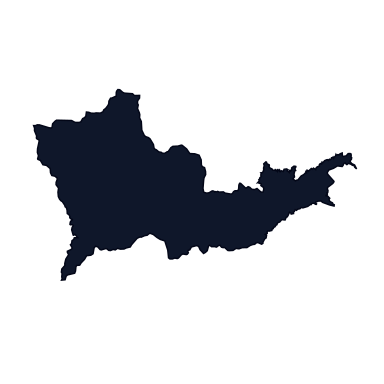 outline of Tadó, Chocó, Colombia, rotated 184°
{"feature_id": "7082276B86904559809659", "entity_name": "Tadó", "entity_type": "district", "adm_level": 2, "iso_a3": "COL", "parent_name": "Colombia", "parent_adm1": "Chocó", "projection": "albers", "projection_center": [-76.438, 5.267], "detail": "fine", "context": "isolated", "style": "filled", "palette": "ink", "viewbox_px": 384, "rotation_deg": 184, "n_neighbors": 0, "source": "geoboundaries", "source_scale": "gbopen_adm2", "svg_char_len": 6014}
<svg xmlns="http://www.w3.org/2000/svg" viewBox="0 0 384 384"><g transform="rotate(184 192 192)"><path d="M316.0,95.0L312.5,95.6L311.7,99.2L310.4,100.6L303.4,102.8L302.7,105.0L302.6,109.2L302.2,110.3L301.9,110.7L298.9,111.2L297.7,113.5L294.5,117.4L292.7,121.1L288.5,121.9L286.4,123.5L285.8,129.4L284.4,131.2L282.2,130.7L279.7,128.2L278.5,127.9L274.2,129.5L272.9,129.4L271.1,128.0L269.3,127.9L266.7,129.2L264.5,128.9L262.4,130.6L259.6,130.0L255.8,130.4L253.7,131.6L249.7,132.9L248.7,135.1L243.5,142.0L240.8,143.5L239.5,143.4L236.3,145.1L233.6,145.8L232.2,147.3L230.9,147.9L227.6,146.9L223.7,144.2L220.4,142.5L215.7,141.3L212.1,132.3L210.8,124.7L209.4,123.7L206.8,123.9L204.6,124.9L202.1,124.6L200.9,125.2L198.3,128.6L196.9,129.5L193.3,129.2L192.4,129.6L191.4,131.1L192.0,132.2L191.9,133.4L190.2,134.1L188.8,137.1L184.2,138.7L182.9,138.8L181.4,137.9L179.9,135.0L176.2,131.5L174.4,132.7L172.7,134.5L171.9,138.6L171.4,139.8L170.8,140.2L168.6,138.8L165.7,139.1L164.2,138.8L163.6,138.8L162.0,140.3L160.4,140.9L158.7,139.0L157.2,138.7L155.5,138.9L152.2,136.2L150.9,136.1L147.0,136.6L144.2,138.8L141.2,138.6L138.0,140.0L133.3,140.4L130.3,142.7L127.6,143.9L126.2,144.1L125.1,144.8L124.8,145.5L122.8,146.2L118.9,144.8L117.7,145.7L117.7,147.0L116.8,149.0L116.1,150.4L114.9,151.3L114.6,154.0L115.9,154.8L114.1,155.9L114.3,157.7L113.7,158.4L112.1,158.4L109.7,159.2L109.3,161.0L108.5,161.1L108.0,162.5L106.9,163.0L105.8,164.9L105.0,165.3L104.6,167.1L102.3,168.3L100.6,170.7L97.2,170.6L96.3,173.3L95.2,173.9L94.4,175.6L93.4,178.6L91.8,177.7L91.5,176.9L89.2,177.6L89.4,179.1L88.6,179.7L87.8,181.6L86.5,181.0L85.4,182.2L83.2,182.8L82.0,184.2L80.3,183.9L75.5,185.7L73.3,187.6L72.2,187.8L72.1,188.5L71.2,189.1L69.2,189.3L68.2,188.4L67.2,188.3L66.9,188.8L68.0,189.9L67.9,190.6L65.2,191.8L62.6,192.0L61.1,190.8L53.9,188.7L49.3,187.9L49.2,189.2L50.5,189.7L51.1,191.0L53.9,192.2L54.9,194.6L54.2,195.4L56.5,197.5L58.0,197.6L57.9,198.3L57.0,198.6L56.8,199.6L57.4,200.5L56.5,201.2L56.5,203.2L57.2,204.3L57.0,206.1L52.1,210.4L51.1,212.1L51.2,212.6L58.0,219.3L58.4,220.9L57.0,223.5L52.5,225.5L48.7,228.2L44.0,227.9L43.2,229.0L42.6,230.8L41.4,231.9L39.8,230.2L39.3,230.2L38.0,231.5L35.4,230.8L33.8,229.8L32.3,229.8L31.4,228.1L29.4,226.5L31.7,230.3L34.7,231.5L36.4,233.4L36.1,234.7L35.3,235.6L35.1,237.4L36.0,238.2L35.7,239.1L36.0,241.0L36.9,241.4L38.9,241.2L40.7,238.8L43.7,238.0L44.5,238.7L44.9,241.4L47.0,240.4L48.0,239.2L49.0,239.5L50.5,238.8L51.0,239.5L51.4,237.8L52.8,236.4L53.0,235.6L53.7,236.7L54.0,236.2L55.2,235.9L55.2,235.1L56.4,233.9L57.2,234.3L58.2,233.0L58.8,233.7L59.8,233.6L61.9,232.5L63.2,230.6L64.4,230.9L64.6,229.1L65.4,229.5L66.3,229.0L66.9,228.0L66.8,226.7L68.9,225.8L70.0,224.4L70.2,223.0L72.5,224.3L73.5,223.1L74.6,223.8L77.5,220.7L77.8,221.4L78.7,221.8L78.8,221.2L79.9,220.6L79.2,219.1L80.1,219.1L81.7,217.2L84.2,215.6L87.3,211.2L88.1,211.2L89.7,210.3L92.3,212.2L90.8,214.2L91.6,217.2L91.2,218.2L91.3,219.9L90.1,220.6L91.3,222.8L90.6,223.1L90.1,224.4L90.3,224.8L92.1,224.9L94.1,223.2L94.3,222.8L93.8,222.1L94.3,221.5L94.2,220.6L96.0,220.4L95.4,219.5L96.1,219.4L96.4,218.2L97.3,219.1L98.5,219.6L98.5,220.2L97.7,220.8L99.1,221.6L101.7,221.1L102.5,218.8L104.1,219.4L104.9,219.1L105.5,218.3L106.0,218.6L106.0,219.9L106.6,220.4L107.1,219.5L108.1,220.1L108.3,218.8L108.7,219.5L109.2,219.1L109.7,219.7L109.9,219.3L110.6,220.0L110.9,219.4L113.0,219.4L113.9,220.7L115.7,221.2L117.0,222.8L116.7,223.6L116.9,224.5L119.2,225.4L119.8,227.0L120.4,227.2L122.4,225.1L121.8,223.3L122.3,220.8L121.9,219.5L122.3,218.6L122.1,217.8L123.3,216.2L124.7,215.9L124.1,215.1L124.6,213.7L123.9,212.6L125.4,210.7L125.5,209.6L126.2,208.9L125.6,207.9L127.1,205.9L125.9,206.2L125.7,205.4L123.7,205.1L123.4,204.7L123.7,203.2L121.1,201.6L120.6,200.0L121.1,196.9L122.3,196.6L123.7,197.1L127.4,200.0L129.7,198.8L132.6,198.9L134.7,200.7L136.4,201.2L138.1,199.8L139.0,199.8L144.1,204.0L145.1,204.0L145.7,202.3L145.7,198.5L146.3,196.5L149.3,196.2L150.6,195.2L151.3,193.7L152.5,192.6L158.9,193.2L160.7,194.3L164.9,193.8L166.4,194.4L167.6,193.8L168.8,194.0L169.4,193.6L170.4,194.4L171.9,194.5L175.0,192.4L177.3,191.9L180.3,192.6L181.3,196.4L181.2,204.8L181.0,207.0L179.6,210.3L179.9,213.4L181.2,217.2L183.5,218.0L184.5,219.6L185.1,224.7L187.5,229.2L191.9,230.3L196.9,230.2L200.4,234.6L205.1,237.9L206.0,238.0L209.2,236.8L214.3,236.2L216.2,234.7L218.5,230.7L219.6,230.4L221.8,228.7L224.3,228.6L225.3,229.4L227.9,229.7L230.5,231.6L232.3,232.3L233.0,233.4L233.8,236.7L237.6,242.1L239.2,243.2L242.1,244.0L243.6,245.2L246.4,250.2L247.5,258.8L249.5,262.4L249.5,265.5L250.1,267.4L252.2,271.5L251.7,275.1L252.6,276.7L252.6,279.2L250.9,282.0L251.0,284.7L256.2,284.2L258.2,285.9L266.3,285.9L268.1,286.6L271.2,289.0L273.1,289.0L274.2,287.4L274.5,286.0L274.3,282.4L278.6,280.1L279.8,279.9L281.2,276.9L281.2,274.4L281.8,272.6L283.9,269.4L285.8,267.7L286.3,265.9L288.9,264.3L293.2,264.2L295.0,263.7L298.2,263.6L300.5,264.3L302.9,264.4L303.2,260.1L304.5,258.6L306.2,257.6L307.8,254.2L309.5,253.5L313.6,253.3L317.1,254.9L332.1,254.2L333.5,253.1L335.8,250.3L336.1,246.8L336.7,246.0L339.1,246.1L348.8,248.3L351.1,248.2L352.7,247.3L354.6,247.2L353.5,244.7L353.4,242.2L350.9,237.1L351.0,235.1L350.7,234.4L348.3,233.2L348.0,232.3L349.1,224.3L349.0,220.7L347.7,217.5L348.3,214.3L348.0,213.8L345.4,212.9L342.6,208.8L339.0,208.4L335.1,205.5L334.5,201.4L333.0,198.7L329.8,198.2L327.6,196.6L327.3,195.2L328.2,192.2L328.1,189.8L325.4,186.6L325.7,182.5L325.0,178.1L323.6,175.6L322.1,174.1L320.7,173.4L318.0,169.9L317.5,168.4L316.3,167.7L315.4,165.4L314.9,161.8L313.1,160.7L312.1,159.1L312.1,157.8L311.2,156.9L309.4,156.3L309.4,155.9L310.4,155.1L311.3,153.6L311.5,151.2L311.0,150.8L309.1,151.1L308.1,150.2L309.1,148.3L309.4,145.9L307.5,140.7L306.9,140.6L306.0,141.6L305.6,141.5L302.8,138.5L306.2,138.1L306.7,136.4L308.3,135.1L308.5,132.1L309.6,130.9L308.0,128.6L307.6,127.3L308.8,126.1L312.2,124.2L312.1,123.1L310.7,120.9L313.2,116.2L313.9,111.9L313.7,109.8L316.5,106.1L316.7,102.9L315.9,101.7L316.0,98.3L315.5,96.4L316.0,95.0Z" fill="#0f172a" stroke="#020617" stroke-width="1.5"/></g></svg>